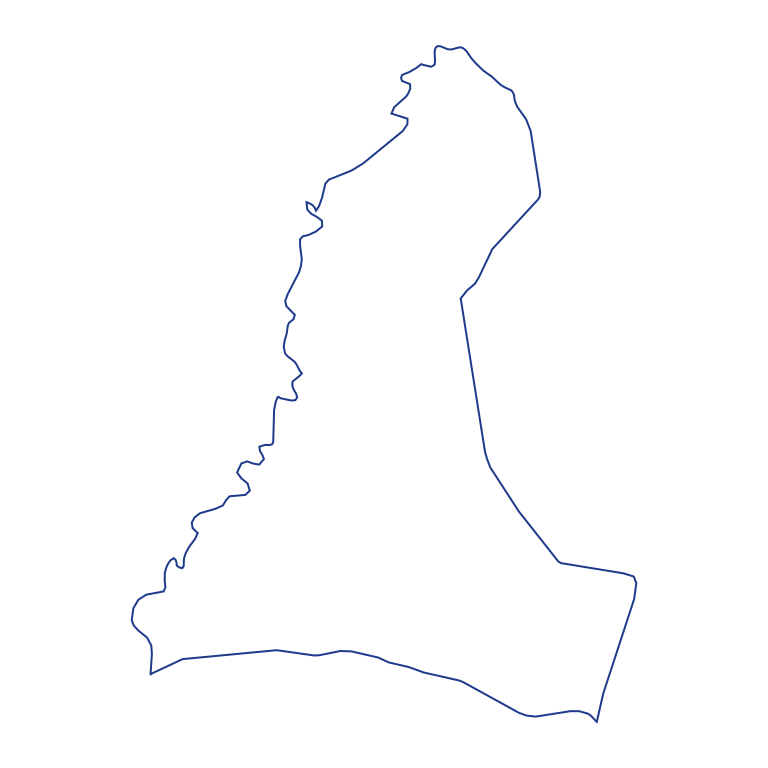 the Department of Ñeembucú
{"feature_id": "PRY-610", "entity_name": "Ñeembucú", "entity_type": "Department", "adm_level": 1, "iso_a3": "PRY", "parent_name": "Paraguay", "parent_adm1": "", "projection": "natural_earth1", "projection_center": [-58.039, -26.618], "detail": "fine", "context": "isolated", "style": "outline", "palette": "blue", "viewbox_px": 768, "rotation_deg": 0, "n_neighbors": 0, "source": "natural_earth", "source_scale": "10m", "svg_char_len": 2632}
<svg xmlns="http://www.w3.org/2000/svg" viewBox="0 0 768 768"><path d="M316.0,210.7L319.0,206.2L322.1,197.5L325.4,183.6L328.9,179.6L351.4,170.6L363.0,163.5L402.9,130.9L407.4,124.2L407.5,118.7L391.5,113.6L394.1,107.3L406.2,96.5L408.3,93.3L410.3,88.5L410.0,84.1L402.0,80.9L401.1,78.0L402.0,75.0L409.4,72.0L416.6,67.8L421.3,64.1L422.5,64.7L430.8,66.7L432.6,66.0L434.5,64.7L434.9,62.9L435.0,60.0L434.6,53.0L434.9,49.6L435.7,47.7L437.1,46.4L438.7,46.1L440.5,46.3L447.4,49.1L449.8,49.5L452.0,49.3L459.3,47.4L461.4,47.4L463.7,48.6L466.5,51.1L471.2,58.0L475.8,63.4L483.4,70.7L491.5,76.4L500.7,84.9L504.3,87.1L511.3,90.4L512.8,92.3L514.0,94.9L514.5,99.3L515.5,102.9L517.4,107.0L526.2,119.4L530.7,131.2L540.2,192.0L539.8,196.3L538.3,199.2L492.3,249.1L478.9,277.3L474.9,283.8L467.5,290.0L460.7,298.4L485.0,451.8L487.1,459.1L490.2,467.3L518.8,511.4L558.4,561.6L561.0,563.1L623.8,573.4L633.7,576.5L636.3,583.0L634.2,598.9L603.2,693.7L596.9,721.4L596.7,721.9L591.1,715.9L588.0,713.7L580.7,711.6L579.4,711.2L570.3,711.2L535.5,716.6L526.6,715.6L524.4,714.8L518.9,712.8L463.1,682.1L462.9,682.0L459.1,680.5L423.8,672.5L423.7,672.5L408.9,667.1L393.5,663.5L388.7,662.4L378.1,657.5L357.6,652.8L351.3,651.4L351.2,651.4L340.4,651.0L319.5,655.2L314.4,655.5L276.7,650.2L182.6,659.1L151.8,673.5L150.4,674.9L150.5,674.6L151.9,654.0L151.3,645.5L147.0,637.5L138.5,630.7L133.8,625.6L131.7,620.2L133.4,608.2L138.4,599.7L146.2,594.7L163.7,591.4L165.4,587.1L164.7,580.7L164.8,573.2L165.7,569.5L166.8,566.3L168.4,563.2L170.6,560.2L173.7,558.2L173.8,558.2L175.7,560.0L176.6,563.0L176.6,564.7L176.9,565.7L179.3,567.4L179.4,567.5L182.3,568.2L183.7,566.1L183.9,559.1L184.6,556.3L185.8,553.0L188.9,547.2L195.0,539.0L197.7,533.1L192.6,528.1L191.8,522.6L194.7,517.3L200.1,513.2L215.4,508.8L222.8,505.5L226.0,500.3L229.5,496.3L237.5,495.6L245.3,494.9L249.8,490.7L247.6,483.5L241.3,478.3L237.1,472.5L241.4,463.4L247.2,461.4L253.3,463.6L259.2,464.6L263.9,459.1L262.7,455.7L259.9,451.0L259.4,446.7L265.1,444.9L269.3,445.0L271.9,444.5L273.2,442.4L274.1,409.9L275.7,402.0L277.5,397.3L278.6,396.8L280.4,398.2L291.2,400.5L295.3,400.2L297.1,397.6L296.2,393.8L294.2,390.5L292.5,386.8L292.4,381.9L293.7,380.6L299.6,375.9L301.9,373.3L299.9,371.0L296.9,365.1L294.8,361.9L287.0,355.8L285.1,353.4L283.7,346.4L284.8,340.0L286.7,333.6L287.7,326.3L288.8,323.0L293.6,319.1L294.8,314.8L286.4,306.2L285.2,301.0L287.6,294.4L299.1,272.1L300.9,266.2L301.8,259.3L300.1,246.0L300.1,239.2L302.9,236.3L308.4,235.0L316.2,231.4L322.2,226.4L322.0,220.8L316.9,216.9L311.4,213.9L307.3,209.6L306.5,202.2L310.0,203.6L312.8,205.3L314.7,207.7L316.0,210.7Z" fill="none" stroke="#1e3a8a" stroke-width="2"/></svg>